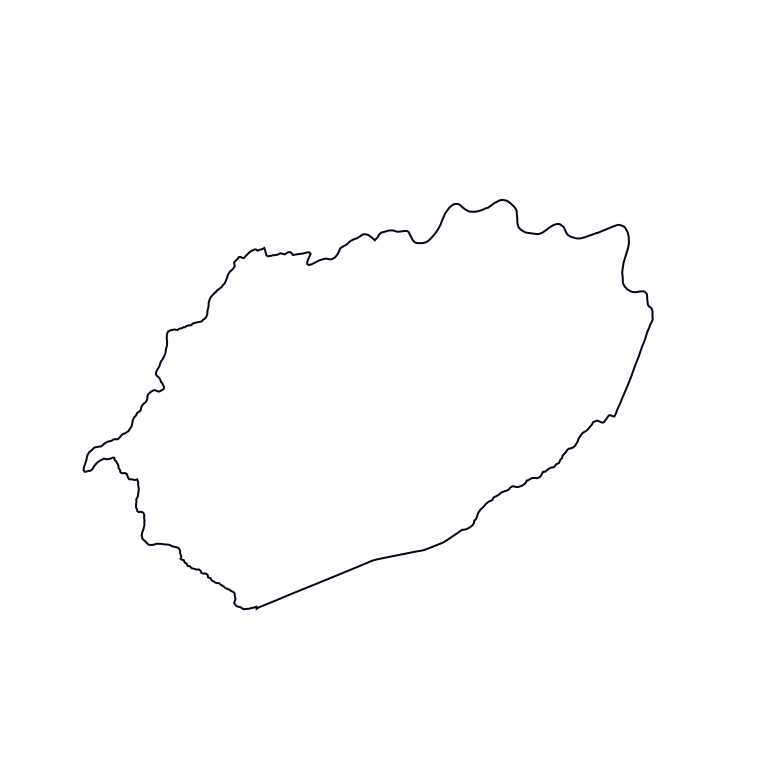 the district of Santa Rita de Cássia, Bahia, Brazil, rotated 36°
{"feature_id": "56859067B19428837054572", "entity_name": "Santa Rita de Cássia", "entity_type": "district", "adm_level": 2, "iso_a3": "BRA", "parent_name": "Brazil", "parent_adm1": "Bahia", "projection": "equal_earth", "projection_center": [-44.604, -10.985], "detail": "fine", "context": "isolated", "style": "outline", "palette": "ink", "viewbox_px": 768, "rotation_deg": 36, "n_neighbors": 0, "source": "geoboundaries", "source_scale": "gbopen_adm2", "svg_char_len": 6153}
<svg xmlns="http://www.w3.org/2000/svg" viewBox="0 0 768 768"><g transform="rotate(36 384 384)"><path d="M207.2,344.3L206.1,346.7L204.5,348.5L203.3,350.5L201.7,350.3L200.3,351.1L198.8,353.7L197.8,356.3L197.2,359.4L196.6,364.4L195.2,365.3L193.4,365.4L192.1,366.4L191.9,369.7L191.5,371.7L191.3,373.9L193.9,376.2L194.2,379.3L193.9,381.4L193.3,383.3L193.5,387.3L194.8,390.9L196.0,396.5L195.6,398.2L195.7,401.0L193.9,406.5L193.9,408.5L193.3,410.5L192.8,415.5L193.3,418.2L194.2,420.9L196.6,424.7L198.4,429.1L199.6,430.6L200.5,433.0L200.8,436.0L199.9,438.3L199.7,440.5L195.0,445.8L193.7,447.5L193.5,449.8L192.1,450.9L190.0,453.2L189.8,455.0L188.5,455.9L187.5,457.9L185.8,459.7L185.3,461.6L182.2,463.3L179.7,466.0L178.5,468.4L179.1,471.3L181.9,475.5L183.3,476.7L184.3,478.3L185.5,479.8L186.3,481.7L186.9,483.4L189.1,487.6L189.8,490.3L190.1,492.8L190.4,494.7L190.3,496.7L190.8,498.9L191.6,500.8L191.9,502.6L192.3,506.5L192.8,508.6L193.9,510.3L195.7,510.9L197.5,511.0L199.7,511.6L202.7,513.6L204.4,513.6L206.0,514.8L207.9,515.7L208.7,517.6L208.0,519.4L207.1,521.4L206.0,522.7L202.0,523.7L200.7,525.6L199.9,527.7L199.3,530.6L199.7,533.0L201.0,534.7L201.6,536.4L201.9,539.0L201.3,540.7L201.0,542.4L201.0,544.5L202.6,548.5L202.2,550.4L201.3,552.3L201.9,555.0L201.5,558.0L202.2,561.1L204.5,566.0L205.0,572.3L203.5,576.1L202.5,577.4L201.9,579.2L201.3,584.7L200.2,586.1L198.9,586.4L197.8,587.8L197.2,589.6L196.1,591.2L194.7,592.5L192.9,596.3L192.4,598.8L191.7,600.9L190.4,602.0L187.0,605.7L186.3,610.2L185.6,612.4L185.9,615.9L186.9,618.4L187.8,620.0L190.2,627.7L191.5,630.2L193.6,630.9L194.8,629.7L195.7,628.4L197.1,627.1L198.0,625.4L198.1,623.4L197.8,620.7L198.1,616.7L198.8,614.0L199.6,612.2L201.4,608.9L203.8,608.0L206.9,604.8L207.7,603.1L209.1,602.2L210.6,603.7L212.5,603.9L214.9,604.9L216.9,606.0L218.6,607.9L221.2,608.9L222.6,610.3L224.2,610.3L225.4,609.5L226.5,608.4L228.8,608.0L232.2,610.3L233.7,610.9L236.5,609.1L238.7,608.3L240.4,606.3L242.6,607.7L244.2,609.8L247.5,613.3L249.7,617.3L250.9,619.8L251.4,622.9L252.8,624.5L253.9,626.7L255.7,629.4L257.7,630.5L259.2,631.8L260.9,631.8L262.4,630.4L263.9,629.7L265.6,629.9L267.3,631.2L268.2,632.8L270.4,635.1L271.5,637.0L272.8,638.4L274.4,642.0L275.1,644.1L275.5,646.0L276.3,647.3L277.1,649.3L278.4,650.1L279.7,651.3L283.1,651.6L287.7,652.4L289.0,651.9L290.6,650.8L292.3,649.3L293.5,647.3L297.8,644.2L299.8,643.3L304.0,640.7L306.0,640.0L307.9,639.9L311.6,638.2L313.9,637.5L316.0,638.1L317.4,639.3L318.4,640.6L320.5,642.0L321.7,643.1L322.1,644.9L323.7,645.0L325.6,644.2L327.6,645.6L329.6,645.3L332.3,646.6L333.8,645.6L336.8,646.1L338.4,645.3L341.6,644.2L343.3,642.8L345.5,642.9L347.2,644.2L349.4,643.5L351.3,642.0L353.7,642.2L355.1,643.8L356.6,643.5L357.8,642.9L359.0,643.8L360.9,644.2L362.6,643.8L364.3,643.8L365.8,643.3L367.3,642.1L369.3,642.4L372.8,642.0L375.1,642.3L378.0,641.8L379.6,641.3L381.6,641.3L385.2,640.8L386.7,641.7L388.1,643.4L390.1,645.1L391.6,649.5L393.1,649.8L394.7,650.4L396.6,650.1L398.3,649.2L400.3,648.8L402.7,648.8L407.0,645.1L408.6,643.0L410.2,641.4L411.6,639.2L413.0,640.8L413.8,638.7L424.0,622.3L430.0,612.2L450.2,579.8L471.9,544.6L478.1,534.2L480.6,530.9L486.9,524.0L508.0,501.1L513.0,496.0L515.3,492.9L524.8,477.9L525.6,476.2L527.9,470.2L532.9,456.1L535.7,453.5L536.7,451.7L537.9,448.9L538.7,446.2L538.4,443.3L537.4,441.5L537.9,439.3L537.1,436.4L536.2,433.9L535.9,431.5L535.9,428.9L536.8,424.0L536.9,421.2L537.5,418.6L538.5,416.4L539.9,414.3L539.3,411.4L540.9,408.5L542.1,405.6L542.7,402.9L544.1,400.5L545.7,398.4L546.9,396.4L547.1,393.6L548.0,391.3L549.3,390.4L551.3,389.8L553.1,388.5L555.5,385.0L556.5,382.0L556.7,380.0L556.2,378.2L557.2,377.1L558.9,373.3L561.8,370.9L563.1,370.4L564.0,369.1L564.9,366.9L564.7,364.1L564.2,361.6L566.0,360.2L566.7,357.1L567.9,353.9L570.3,351.5L570.6,347.5L572.0,345.2L571.5,342.9L571.2,340.9L571.6,339.2L570.6,337.3L571.2,332.1L571.0,329.5L571.6,327.6L572.8,326.5L574.4,324.0L574.9,321.5L574.6,319.0L574.4,316.3L573.6,314.0L573.3,310.0L573.5,306.8L575.4,302.3L575.7,299.9L576.0,294.5L575.7,291.8L576.7,290.1L578.1,288.2L583.3,287.0L584.5,285.5L584.3,283.6L584.5,281.6L584.3,279.2L584.4,277.3L585.5,276.1L588.0,275.7L589.5,274.9L589.0,271.7L587.8,267.7L586.3,260.3L585.5,257.2L581.0,237.8L578.9,230.1L576.5,222.2L574.0,212.3L571.0,202.7L570.0,198.4L568.4,192.8L566.3,186.9L565.5,182.5L564.6,180.1L563.6,173.9L561.9,172.1L559.8,169.3L558.7,167.4L557.5,166.5L555.4,165.4L552.5,165.4L551.0,164.8L546.9,160.5L545.2,158.2L543.8,156.7L541.3,156.1L539.4,156.5L537.7,157.8L533.4,162.0L530.7,163.6L528.8,164.1L525.1,164.4L521.5,163.7L518.0,162.0L514.2,157.1L511.3,154.0L509.9,151.6L506.6,145.2L501.3,130.0L499.3,126.0L495.4,121.0L491.7,117.9L486.8,115.7L485.3,115.6L481.3,116.7L479.5,118.0L477.1,121.4L472.6,128.8L469.9,133.0L468.9,134.9L467.1,137.2L459.9,147.7L457.1,151.0L454.0,153.2L448.7,155.0L445.6,155.4L443.5,154.9L437.1,151.4L432.7,151.3L430.6,152.2L429.4,153.4L427.3,156.5L425.6,161.1L424.4,165.3L423.0,168.8L421.3,171.4L419.7,172.8L410.4,177.8L408.6,178.4L404.0,178.7L402.1,178.5L400.5,177.9L398.1,176.1L396.9,174.9L395.0,172.3L389.3,165.8L387.3,164.8L384.8,164.1L379.7,163.4L377.2,163.4L375.2,163.7L371.9,165.2L369.8,167.2L367.1,172.4L364.6,180.2L363.4,181.5L361.3,185.2L359.1,188.3L356.6,191.0L352.6,193.8L351.3,194.4L348.4,194.9L344.5,195.0L339.7,194.4L337.5,195.2L335.2,196.9L333.5,200.8L333.2,203.9L333.2,209.9L335.1,218.5L336.0,221.4L336.9,228.1L336.9,232.9L336.1,240.6L335.2,243.5L334.3,245.2L332.2,247.5L328.1,250.5L325.6,251.3L322.5,250.6L314.3,246.5L312.6,246.7L310.2,248.6L308.2,250.5L305.3,253.0L301.2,254.4L298.2,256.5L292.9,263.0L292.2,266.1L292.6,269.2L292.1,273.1L288.9,272.7L283.6,272.7L280.6,273.9L279.0,275.4L276.6,281.8L274.6,284.6L272.9,287.9L271.6,293.5L269.9,297.2L268.8,299.8L269.8,303.8L270.1,306.5L270.1,309.2L269.8,310.9L268.5,313.6L267.0,314.9L263.0,316.9L259.4,321.3L255.0,329.8L253.4,331.8L251.7,332.2L250.5,331.0L249.5,328.3L248.2,321.9L246.4,321.4L244.5,322.6L242.2,325.6L237.8,329.8L234.5,333.2L232.4,332.5L231.1,332.4L229.5,333.2L228.6,334.5L227.5,337.5L223.4,339.1L222.1,341.6L220.6,343.3L218.4,345.2L216.9,347.2L215.0,348.9L213.2,349.0L209.7,346.1L207.2,344.3Z" fill="none" stroke="#020617" stroke-width="2"/></g></svg>